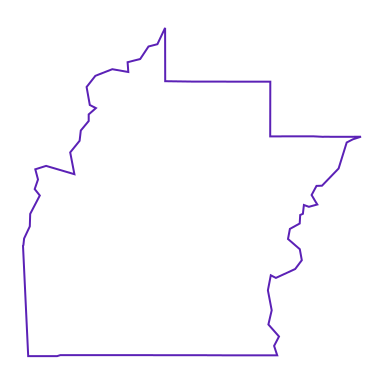 outline of Hinds, Mississippi, United States of America
{"feature_id": "52423323B53043457363296", "entity_name": "Hinds", "entity_type": "district", "adm_level": 2, "iso_a3": "USA", "parent_name": "United States of America", "parent_adm1": "Mississippi", "projection": "natural_earth1", "projection_center": [-90.379, 32.311], "detail": "fine", "context": "isolated", "style": "outline", "palette": "violet", "viewbox_px": 384, "rotation_deg": 0, "n_neighbors": 0, "source": "geoboundaries", "source_scale": "gbopen_adm2", "svg_char_len": 988}
<svg xmlns="http://www.w3.org/2000/svg" viewBox="0 0 384 384"><path d="M165.1,27.9L157.4,44.2L148.5,46.5L140.2,59.0L127.6,62.2L128.3,72.0L112.3,69.2L95.4,75.8L86.6,87.0L89.8,105.0L95.9,108.1L88.7,114.4L88.7,121.0L80.8,130.5L79.6,140.8L70.2,152.4L74.4,174.2L46.1,165.9L35.3,169.3L38.0,179.5L34.7,189.1L39.8,195.5L30.2,213.9L29.8,226.4L24.1,238.5L23.4,245.1L23.0,245.7L28.2,356.1L57.2,356.1L60.4,355.1L199.6,355.2L221.9,355.3L224.2,355.3L241.1,355.3L277.2,355.3L274.1,345.9L279.0,336.5L268.4,324.5L271.7,310.3L267.9,290.3L270.8,275.3L275.9,277.9L295.2,269.0L301.8,260.2L299.8,249.2L288.0,239.0L289.9,228.9L299.7,223.5L300.2,215.0L302.9,213.8L303.9,205.0L308.9,206.8L317.3,204.5L314.9,200.6L311.6,195.0L316.5,185.9L322.0,185.7L338.6,168.5L346.7,142.5L352.9,139.3L361.0,136.7L350.7,136.8L331.5,136.8L325.9,136.7L322.7,136.8L312.8,136.3L304.5,136.3L270.2,136.4L270.3,81.7L268.0,81.7L251.8,81.7L214.0,81.6L193.5,81.6L165.2,81.2L165.1,27.9Z" fill="none" stroke="#5b21b6" stroke-width="2"/></svg>